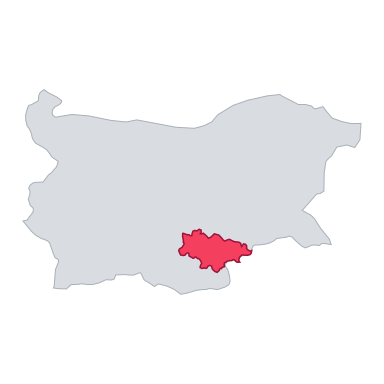 Bulgaria, with Haskovo highlighted
{"feature_id": "BGR-2232", "entity_name": "Haskovo", "entity_type": "Province", "adm_level": 1, "iso_a3": "BGR", "parent_name": "Bulgaria", "parent_adm1": "", "projection": "natural_earth1", "projection_center": [25.843, 41.878], "detail": "fine", "context": "in_parent", "style": "filled", "palette": "rose", "viewbox_px": 384, "rotation_deg": 0, "n_neighbors": 0, "source": "natural_earth", "source_scale": "10m", "svg_char_len": 3867}
<svg xmlns="http://www.w3.org/2000/svg" viewBox="0 0 384 384"><path d="M331.2,244.6L323.8,243.4L321.2,243.8L319.6,245.5L316.2,245.1L312.0,245.1L307.5,247.1L305.1,247.9L301.8,246.1L295.7,240.8L292.0,237.0L289.2,236.1L286.5,237.2L276.6,238.5L274.3,240.6L269.7,243.0L265.1,244.2L258.5,245.0L255.1,244.9L253.1,246.0L251.5,249.5L250.4,253.0L249.4,254.4L241.2,256.1L239.4,258.0L238.9,260.0L239.1,261.9L232.5,260.0L227.5,261.3L226.3,262.7L225.2,264.9L225.8,267.1L227.7,269.3L229.4,275.3L230.1,281.2L229.0,284.6L225.2,287.0L217.4,289.6L209.9,288.4L206.6,289.4L201.0,289.7L195.8,290.5L187.9,292.9L180.8,294.3L174.3,289.4L166.7,286.0L158.7,284.0L155.9,285.4L154.7,286.6L148.1,282.2L145.1,280.7L143.6,279.0L140.9,273.1L139.2,272.9L133.7,275.1L128.4,275.0L125.2,274.6L115.7,274.9L114.4,278.8L113.2,279.5L111.1,280.0L106.1,279.7L99.6,282.7L92.6,284.5L87.2,284.5L81.6,283.7L78.3,284.3L71.1,284.6L66.5,288.9L59.3,288.7L53.4,288.0L54.1,286.6L55.5,269.5L58.5,261.9L58.4,260.3L57.8,259.1L55.2,257.9L53.4,253.8L49.6,242.9L47.4,240.7L41.2,238.4L35.8,235.3L31.3,231.2L23.0,221.0L27.3,220.0L28.6,217.9L32.9,212.3L33.4,209.5L33.0,208.0L30.2,205.3L28.3,199.4L29.9,193.9L30.0,191.1L28.6,188.3L30.2,184.9L33.2,182.9L35.1,182.4L43.2,182.0L48.3,175.1L51.4,172.8L54.6,168.9L56.1,167.5L57.5,164.4L58.1,161.3L51.8,156.9L49.6,153.6L46.9,149.9L43.1,147.4L35.5,143.1L32.5,138.7L31.2,133.0L29.3,128.7L27.1,125.9L26.7,123.6L25.8,120.8L25.6,115.3L27.5,108.0L28.7,105.4L31.3,104.7L38.3,100.8L38.7,95.8L40.0,92.7L42.2,90.9L44.2,89.7L48.0,92.6L57.1,97.2L61.5,100.6L61.3,102.7L59.1,104.7L55.1,106.8L52.8,109.4L52.1,112.8L52.7,115.1L55.4,117.2L71.9,114.5L88.6,115.9L111.0,120.4L125.9,122.0L136.9,119.9L157.2,123.7L176.2,127.3L194.4,128.3L204.6,125.5L211.8,121.8L217.9,114.7L233.1,105.4L247.9,100.2L267.1,95.9L280.0,94.5L281.8,95.9L298.3,104.5L305.6,104.5L311.5,106.0L313.7,108.3L315.2,108.9L323.0,106.7L326.5,111.4L332.0,118.0L341.3,121.4L349.6,123.3L352.2,123.6L361.0,123.4L359.9,139.9L354.7,147.5L346.8,145.0L336.8,147.1L331.6,155.8L328.6,158.4L325.9,161.4L324.2,172.7L323.9,191.2L320.1,193.5L316.6,194.1L302.2,210.4L310.6,215.0L314.3,218.5L320.5,228.2L329.4,239.2L331.2,244.6Z" fill="#d9dde1" stroke="#a8b0b8" stroke-width="1"/><path d="M251.7,250.6L251.6,251.1L251.4,252.3L251.0,253.6L250.2,254.5L247.6,255.3L242.0,255.0L239.8,256.9L239.0,258.5L238.8,260.0L239.2,261.4L239.8,262.1L237.7,262.3L236.5,262.0L235.8,261.4L234.4,259.9L233.9,259.6L233.1,259.6L231.9,260.6L229.0,260.7L227.5,261.1L226.0,262.2L225.6,262.4L225.3,262.4L224.9,262.5L224.5,262.9L224.2,263.8L224.2,264.8L224.3,265.7L224.6,266.5L224.9,266.9L224.5,266.7L222.1,267.4L221.5,268.6L220.6,268.5L219.7,269.0L219.3,270.4L217.1,272.4L214.7,271.4L212.2,268.9L211.9,267.5L211.6,266.1L209.7,265.4L207.8,266.3L207.2,267.7L206.1,268.4L205.1,268.3L204.2,267.8L203.0,268.3L201.9,268.5L200.1,267.6L200.4,265.7L201.7,263.0L200.2,260.2L199.7,259.4L199.1,258.8L198.0,258.8L197.1,258.2L196.1,257.1L194.9,257.1L194.0,258.1L192.8,258.2L191.6,257.3L189.4,256.3L188.9,255.4L189.0,254.0L188.4,253.0L187.3,253.0L186.4,253.5L185.2,255.0L183.5,255.5L180.6,255.0L178.7,250.8L179.3,249.1L182.1,247.3L183.9,244.4L184.1,243.3L183.5,242.7L183.2,242.1L183.5,241.3L183.1,238.9L182.6,236.5L182.7,233.4L183.2,233.3L184.0,233.5L185.1,234.0L187.1,234.7L188.3,234.7L188.9,234.7L189.3,235.0L189.9,235.5L190.5,235.7L191.1,235.6L191.7,235.7L192.2,233.3L193.0,231.1L194.8,230.4L196.6,231.0L199.2,229.3L201.1,230.1L201.2,231.3L201.1,232.5L200.3,233.6L201.6,233.9L203.3,233.2L204.8,234.4L207.1,236.6L208.4,238.3L210.9,237.1L213.2,235.0L213.8,234.2L214.5,233.8L215.0,234.0L218.9,235.1L221.7,238.0L223.1,239.9L224.7,241.1L227.0,240.0L229.4,239.3L234.0,241.6L239.0,242.2L240.7,243.3L241.1,245.5L241.6,246.5L242.4,245.3L243.5,243.9L245.4,244.2L246.7,245.9L246.6,248.5L247.7,249.7L249.1,250.6L250.5,251.2L251.7,250.6L251.7,250.6Z" fill="#f43f5e" stroke="#9f1239" stroke-width="1.5"/></svg>